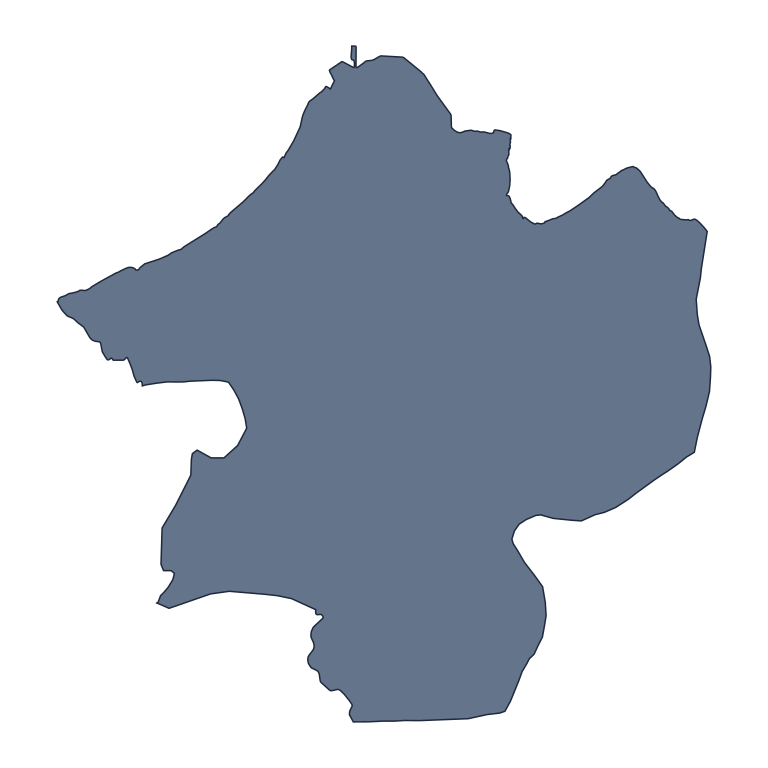 Mueang Pattani, Pattani, Thailand (Equal Earth projection)
{"feature_id": "78962969B73457350824483", "entity_name": "Mueang Pattani", "entity_type": "district", "adm_level": 2, "iso_a3": "THA", "parent_name": "Thailand", "parent_adm1": "Pattani", "projection": "equal_earth", "projection_center": [101.257, 6.854], "detail": "fine", "context": "isolated", "style": "filled", "palette": "slate", "viewbox_px": 768, "rotation_deg": 0, "n_neighbors": 0, "source": "geoboundaries", "source_scale": "gbopen_adm2", "svg_char_len": 6046}
<svg xmlns="http://www.w3.org/2000/svg" viewBox="0 0 768 768"><path d="M707.2,231.5L706.0,229.8L703.0,226.3L699.8,222.9L696.8,220.2L694.8,219.1L693.5,219.3L690.9,220.4L689.6,220.4L688.3,219.6L686.1,219.9L680.2,219.3L678.4,217.8L677.9,217.8L677.0,217.2L674.8,215.3L671.8,211.4L670.7,210.8L669.9,210.6L668.9,208.9L667.6,207.5L665.4,206.0L663.0,202.8L661.9,202.2L660.0,200.0L658.0,196.1L656.2,192.0L655.1,190.1L653.9,188.7L650.9,186.8L647.2,182.2L640.3,171.5L638.3,169.5L636.3,167.9L634.4,167.3L633.0,166.5L627.3,167.9L626.3,168.4L625.4,168.7L623.7,169.7L621.5,170.5L618.8,172.7L617.8,173.2L616.4,174.5L614.5,175.2L613.3,175.3L611.7,176.1L611.1,176.7L610.7,177.7L609.8,178.5L607.6,179.7L606.6,180.5L605.5,182.3L602.5,186.3L593.9,192.9L589.1,197.5L578.1,205.4L569.9,210.9L565.6,213.1L563.0,214.8L557.2,217.5L556.5,218.1L555.9,218.4L553.6,218.6L551.5,219.2L549.7,220.1L547.7,220.7L546.6,221.3L545.2,221.5L545.0,221.8L544.5,222.9L542.6,223.6L540.6,223.9L538.2,223.3L537.1,223.3L536.5,223.3L535.6,223.9L534.7,224.0L531.1,222.2L527.2,219.2L525.9,218.0L524.9,217.5L524.0,217.4L523.4,217.9L523.1,218.5L522.7,218.2L522.5,217.0L522.0,215.9L520.4,214.2L518.0,212.1L515.1,208.2L512.6,204.3L511.9,203.8L510.9,202.1L510.8,200.8L509.9,197.8L509.2,196.4L508.4,195.8L506.5,195.5L506.8,193.8L507.7,192.9L508.3,191.9L508.7,190.7L509.7,185.8L510.0,181.5L510.1,179.2L509.8,173.0L509.3,169.9L508.6,167.8L508.3,165.4L506.3,160.4L507.0,158.7L507.5,158.4L508.0,156.2L508.7,155.2L508.8,154.7L508.9,154.0L508.7,150.6L508.8,150.2L509.3,150.0L509.4,149.7L509.0,148.6L510.0,148.4L510.1,148.1L510.2,145.7L509.7,145.2L509.8,144.7L510.2,143.4L510.2,142.9L510.5,142.2L510.5,141.6L510.1,139.5L510.2,139.0L510.9,138.9L510.9,138.3L510.5,138.1L510.9,136.8L510.9,134.7L509.0,133.4L506.9,132.6L499.8,130.6L494.9,129.9L493.9,130.8L493.5,132.8L491.7,133.4L489.6,133.4L485.3,132.2L483.1,131.9L480.7,132.1L477.5,131.1L476.5,131.1L475.2,131.4L471.1,130.2L465.1,131.0L462.6,132.1L460.0,132.8L457.2,132.1L454.3,130.3L451.8,127.9L451.4,126.7L451.1,115.4L450.5,114.0L437.1,95.5L429.7,83.5L427.9,80.8L424.3,75.0L423.7,74.2L422.3,73.1L421.1,71.8L404.7,58.4L403.5,57.5L402.1,57.1L380.8,55.9L378.6,56.9L374.0,59.6L372.1,60.3L367.5,60.8L365.7,61.2L363.9,62.8L357.8,67.2L356.5,67.6L356.0,66.9L356.1,46.9L355.8,46.3L355.1,46.1L351.7,46.1L351.7,49.1L351.1,56.4L351.3,58.4L351.9,59.7L353.6,60.2L354.2,61.3L354.4,63.1L354.4,65.6L354.2,66.9L353.9,67.5L353.6,67.6L343.3,62.1L341.9,61.6L329.6,69.9L329.4,70.2L329.5,70.7L330.2,72.6L331.9,75.7L332.5,77.2L333.8,79.8L334.5,80.6L330.4,89.0L328.4,87.6L326.4,86.6L325.7,86.6L324.4,88.9L321.2,92.0L320.0,92.7L313.1,98.7L310.0,100.9L308.7,102.3L307.6,105.0L305.1,109.9L303.1,114.5L302.2,117.6L300.7,124.5L300.0,127.3L293.6,141.0L288.3,150.1L286.1,153.0L285.4,154.5L284.3,157.3L283.9,157.7L283.2,157.1L282.7,157.0L282.3,157.3L280.1,160.0L277.9,164.5L274.6,169.6L272.7,171.4L268.8,175.5L265.7,179.5L262.3,183.3L254.5,191.0L253.2,192.8L251.4,193.9L248.1,196.8L247.7,197.3L243.3,201.7L230.4,212.7L228.5,214.8L228.5,215.5L228.1,215.8L225.1,217.4L223.2,218.9L220.2,222.8L218.0,224.5L217.2,225.6L216.7,226.7L214.4,227.5L211.4,229.3L205.6,233.3L184.1,246.7L181.2,249.3L177.7,250.3L174.5,251.6L171.5,252.9L168.2,255.2L159.0,259.2L144.8,263.8L140.2,267.5L138.5,269.8L136.1,270.2L135.6,269.4L134.6,268.5L132.5,267.6L130.9,267.3L128.6,267.4L126.0,268.3L120.3,271.0L119.0,271.9L115.6,273.2L101.2,281.1L92.1,286.5L89.6,288.6L86.9,289.9L85.1,290.6L81.6,290.2L79.9,290.3L78.6,291.2L75.7,292.2L71.6,293.2L69.2,293.5L65.2,295.7L60.7,297.2L59.2,298.3L58.7,299.0L58.3,300.2L58.1,301.3L57.2,301.8L61.5,309.3L62.7,311.0L67.0,315.7L68.4,316.5L71.0,317.5L73.1,318.5L74.1,319.2L78.2,323.0L83.3,326.7L83.9,327.4L89.7,337.4L90.6,338.5L92.1,339.9L93.6,340.7L96.0,341.4L99.4,341.8L100.3,342.6L100.8,343.9L102.3,351.8L105.0,356.4L106.6,358.9L107.4,359.7L108.1,359.9L108.8,359.8L111.1,358.2L111.5,358.1L112.0,358.4L112.7,359.7L113.5,360.2L123.1,360.2L123.8,360.0L124.6,359.5L125.9,358.0L126.5,357.6L126.8,357.5L127.5,357.9L129.9,363.4L132.1,369.1L134.1,376.3L136.7,382.0L137.1,382.5L137.6,382.5L139.1,381.5L139.9,381.2L140.9,381.4L141.5,381.8L142.0,382.7L142.2,384.0L142.3,385.9L145.7,384.9L155.9,383.3L167.0,381.9L178.4,382.0L183.8,381.9L190.0,381.2L211.9,380.3L220.1,380.5L226.4,381.7L228.6,382.3L234.0,390.3L238.7,399.1L242.2,408.6L245.1,418.5L246.7,427.9L246.4,428.8L237.6,445.5L224.0,457.9L211.1,457.9L197.1,450.1L192.4,453.6L191.4,459.1L190.8,475.2L175.7,505.1L162.1,528.0L161.0,564.3L163.5,570.6L171.3,570.7L174.4,573.5L172.8,579.7L168.1,587.4L163.4,592.9L160.6,595.6L158.2,602.0L156.8,603.0L169.1,608.3L210.6,593.9L229.3,591.3L265.0,594.3L277.5,595.7L291.5,598.6L315.8,609.7L315.6,611.7L315.7,612.7L315.9,613.7L316.4,614.4L317.3,614.7L321.0,614.4L321.9,615.0L322.8,616.2L323.1,617.2L323.0,618.0L322.8,618.3L314.1,626.4L313.0,627.7L311.4,631.4L311.0,633.9L310.9,635.6L311.0,636.7L311.2,637.6L313.4,642.4L313.8,643.8L314.1,645.7L314.0,647.4L313.6,648.8L312.9,650.3L309.2,655.0L308.1,657.0L307.8,659.5L307.9,661.0L308.4,663.4L309.4,665.2L311.3,667.8L317.0,670.6L318.3,671.9L319.2,673.8L320.1,680.1L320.4,681.5L321.1,682.5L329.6,690.2L330.4,690.6L331.8,690.7L337.7,689.4L338.6,689.5L339.8,690.1L340.7,690.8L344.2,694.2L349.4,700.7L351.8,704.2L352.2,705.3L352.0,706.5L350.0,710.4L349.6,712.0L349.4,714.3L349.6,715.1L353.3,721.9L369.2,721.8L383.4,721.1L394.8,721.1L404.3,720.5L419.9,720.6L468.2,718.7L486.8,714.6L499.6,713.1L504.9,711.3L510.4,701.3L518.9,680.5L522.1,671.6L526.8,663.7L529.2,658.9L534.1,654.2L538.2,645.3L542.4,637.1L544.6,625.0L546.1,615.8L545.3,602.5L542.6,586.7L534.8,575.8L524.4,562.3L517.8,550.9L513.1,543.5L511.9,539.0L514.5,530.8L519.1,524.2L526.3,519.5L535.9,515.4L540.7,514.9L553.3,518.4L572.2,520.3L581.4,520.9L595.1,514.7L604.5,512.3L615.8,507.4L628.3,499.3L636.2,493.1L654.0,480.2L661.2,475.3L667.9,471.0L678.0,463.9L686.7,456.9L694.3,452.3L697.4,437.1L702.0,419.6L706.1,405.8L709.5,391.4L710.5,376.9L710.8,366.7L709.6,356.3L706.1,345.5L699.0,324.8L697.3,314.4L696.2,299.2L700.3,278.4L701.4,268.4L707.2,231.5Z" fill="#64748b" stroke="#1e293b" stroke-width="1.5"/></svg>